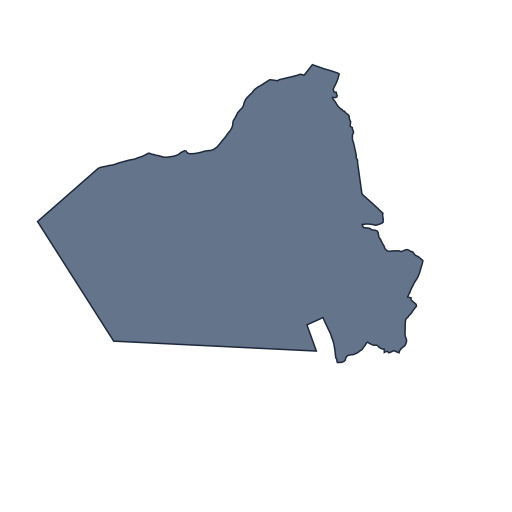 Kisumu West, Nyanza, Kenya (Albers equal-area conic projection), rotated 58°
{"feature_id": "3690345B39370723343062", "entity_name": "Kisumu West", "entity_type": "district", "adm_level": 2, "iso_a3": "KEN", "parent_name": "Kenya", "parent_adm1": "Nyanza", "projection": "albers", "projection_center": [34.67, -0.088], "detail": "fine", "context": "isolated", "style": "filled", "palette": "slate", "viewbox_px": 512, "rotation_deg": 58, "n_neighbors": 0, "source": "geoboundaries", "source_scale": "gbopen_adm2", "svg_char_len": 4442}
<svg xmlns="http://www.w3.org/2000/svg" viewBox="0 0 512 512"><g transform="rotate(58 256 256)"><path d="M381.8,145.8L378.6,146.9L375.3,147.7L373.6,146.7L372.7,147.6L371.1,149.2L370.1,147.7L368.8,145.5L368.2,144.4L367.0,143.1L364.9,139.7L362.6,135.9L359.9,130.3L358.7,128.6L357.9,127.5L356.0,125.1L353.8,122.7L352.6,121.4L350.9,119.4L349.7,118.1L348.3,116.9L345.4,117.8L343.0,118.5L341.6,119.4L339.7,120.6L338.3,120.8L336.1,120.8L334.9,121.4L334.1,122.4L332.8,123.0L331.6,123.6L330.6,124.5L330.1,125.7L329.7,127.5L329.6,128.7L329.1,130.7L327.4,132.0L326.5,133.4L325.4,135.2L324.3,137.1L322.8,140.1L321.8,141.6L320.3,142.2L318.4,142.8L317.0,142.5L315.3,142.1L312.7,142.1L309.7,141.9L308.4,141.6L306.7,141.6L305.4,141.9L303.9,141.2L302.4,140.7L300.9,140.0L298.9,140.0L297.2,141.4L296.1,142.9L294.8,144.1L292.9,144.8L290.8,147.3L289.2,149.5L287.5,149.8L285.5,149.2L286.4,147.7L286.8,146.4L287.8,144.7L288.7,143.5L289.5,142.3L290.4,141.2L292.0,139.6L293.4,138.1L294.0,136.3L294.5,134.0L294.9,132.3L294.8,130.4L292.7,128.9L291.4,128.2L290.3,127.8L288.6,127.1L287.0,125.7L284.8,126.3L283.2,126.8L280.2,127.5L274.6,129.0L260.5,133.1L258.9,133.0L230.0,120.1L228.7,119.1L226.8,119.0L225.5,118.9L224.5,118.0L222.8,117.3L221.1,116.6L211.7,113.3L210.5,113.1L209.1,112.7L207.4,112.0L206.1,111.1L204.2,109.8L203.1,107.9L201.3,107.2L199.9,107.1L198.0,106.3L196.0,107.4L194.2,106.2L192.4,104.6L190.9,104.4L189.0,104.1L187.1,103.0L185.3,102.9L183.5,103.6L182.0,104.1L180.1,104.3L178.8,105.4L177.4,105.4L175.7,106.3L174.4,106.6L172.8,107.0L170.7,107.2L168.9,107.1L167.1,107.1L165.4,107.2L163.3,107.6L162.1,107.1L163.8,104.6L163.9,103.0L162.9,102.1L161.0,101.8L159.8,101.1L158.4,102.9L155.4,102.1L151.6,96.0L150.5,94.4L148.9,92.4L147.0,90.4L145.8,89.0L144.1,89.8L139.3,93.7L132.8,99.5L127.2,103.9L123.6,106.8L125.5,111.9L128.1,119.3L125.3,122.1L124.7,125.0L123.4,129.2L120.1,138.9L118.7,143.2L118.9,144.7L113.8,150.8L113.8,152.5L113.9,162.3L113.7,165.2L113.9,166.8L114.0,168.5L114.4,170.1L114.9,171.4L115.5,172.7L115.9,175.4L116.5,177.8L116.9,179.5L117.7,181.8L118.8,183.5L119.8,184.9L121.0,186.1L121.9,187.2L122.7,188.3L123.2,189.9L123.6,191.6L124.2,193.9L124.9,195.9L125.8,197.2L127.0,199.3L127.9,200.8L128.6,202.3L129.2,203.5L130.6,204.9L132.4,206.2L133.4,207.2L134.4,208.5L135.3,210.1L136.1,211.5L136.5,213.1L137.2,215.1L138.0,217.0L138.9,219.1L139.5,221.0L140.0,222.6L140.6,224.5L141.4,226.3L142.1,228.8L142.8,230.6L143.0,232.2L143.2,234.4L143.0,236.4L142.6,238.3L141.6,240.1L140.9,241.6L139.9,243.8L139.5,245.4L138.9,247.6L138.1,249.9L137.0,252.8L135.8,255.2L134.1,258.1L133.2,258.9L131.7,259.7L129.9,259.7L128.7,261.1L128.8,262.4L128.5,263.9L128.4,265.2L128.7,266.5L128.7,268.1L128.6,269.6L128.2,271.3L127.7,273.1L127.1,274.4L126.6,275.7L125.7,277.7L125.1,279.0L123.8,281.1L122.8,282.4L121.3,283.6L119.7,285.1L118.6,286.2L117.3,287.8L116.2,288.4L114.6,290.3L112.4,291.9L111.7,293.2L111.7,294.8L111.5,297.4L111.3,299.4L110.5,302.7L110.0,304.6L109.7,306.7L109.2,308.5L108.3,310.6L107.4,312.9L106.1,317.2L105.1,320.5L104.5,322.6L103.7,325.8L103.2,328.3L102.4,330.5L101.7,331.8L100.7,334.9L99.5,338.0L98.5,340.7L98.1,343.0L98.3,345.0L111.0,423.0L252.8,421.8L368.6,255.2L341.4,249.3L343.7,231.9L346.0,232.2L347.8,232.4L349.8,232.7L351.7,232.9L353.8,233.1L355.8,233.4L357.7,233.6L359.6,233.8L361.2,234.0L362.8,234.3L364.6,234.8L366.2,235.1L367.8,235.5L369.9,236.0L371.8,236.6L373.5,237.2L375.0,237.9L376.9,238.7L378.6,239.4L380.2,240.2L381.4,240.8L383.8,241.9L385.4,242.4L386.7,242.2L387.9,243.0L389.4,243.5L390.4,241.9L391.4,240.1L391.9,238.5L392.0,236.8L391.5,235.4L390.0,233.9L389.2,232.1L389.1,230.5L389.7,228.9L390.3,227.4L391.1,226.0L391.5,223.9L391.8,222.1L391.8,220.3L391.6,218.5L391.6,216.5L391.2,214.8L390.1,212.5L389.7,211.1L389.1,209.9L388.4,208.6L388.2,207.1L390.0,206.2L392.0,205.0L393.3,204.1L394.3,203.2L394.9,202.0L395.8,200.8L397.3,200.2L398.6,200.0L400.4,199.2L402.0,198.0L402.7,196.7L404.3,197.4L405.8,198.3L405.9,196.5L406.7,195.0L408.5,194.7L408.9,192.9L409.1,190.7L409.3,189.3L411.2,188.0L413.9,186.0L412.8,184.9L412.0,183.3L411.4,181.3L411.1,179.3L411.0,177.6L410.2,176.0L408.9,174.3L407.6,173.1L405.6,172.4L403.8,172.1L402.2,171.6L400.9,170.8L399.3,169.8L397.8,168.8L396.7,168.0L395.2,167.1L394.0,166.3L392.7,165.4L391.2,164.4L389.6,163.1L388.6,161.4L388.5,159.8L387.6,158.1L387.3,156.1L386.9,154.8L386.2,153.3L385.4,151.6L384.7,149.7L384.2,148.2L383.6,146.5L381.8,145.8Z" fill="#64748b" stroke="#1e293b" stroke-width="1.5"/></g></svg>